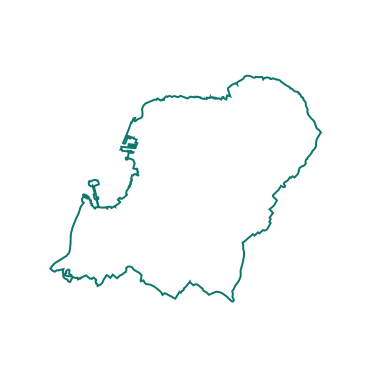 Kota Surabaya, Jawa Timur, Indonesia (Albers equal-area conic projection), rotated 302°
{"feature_id": "22746128B68603538827891", "entity_name": "Kota Surabaya", "entity_type": "district", "adm_level": 2, "iso_a3": "IDN", "parent_name": "Indonesia", "parent_adm1": "Jawa Timur", "projection": "albers", "projection_center": [112.731, -7.274], "detail": "fine", "context": "isolated", "style": "outline", "palette": "teal", "viewbox_px": 384, "rotation_deg": 302, "n_neighbors": 0, "source": "geoboundaries", "source_scale": "gbopen_adm2", "svg_char_len": 6061}
<svg xmlns="http://www.w3.org/2000/svg" viewBox="0 0 384 384"><g transform="rotate(302 192 192)"><path d="M122.5,284.8L124.7,281.7L127.4,280.6L129.2,278.7L132.6,278.8L135.0,278.4L141.2,278.8L144.7,278.3L146.8,277.7L151.2,274.8L160.0,272.1L165.5,269.9L168.6,268.0L171.4,265.2L173.7,263.9L175.9,261.7L177.3,262.5L188.6,266.0L188.1,268.1L192.7,269.3L192.6,271.1L197.3,272.4L197.6,273.7L198.8,275.0L200.8,275.5L207.4,275.1L207.7,273.4L210.9,273.0L211.4,271.4L217.2,271.8L218.4,266.9L223.7,268.7L229.9,268.5L230.6,266.2L230.7,264.4L231.5,262.7L232.1,262.4L239.9,264.3L242.7,264.2L243.4,264.5L244.3,264.2L244.8,267.6L245.2,267.9L246.4,267.8L247.6,265.5L248.4,265.2L252.5,267.0L256.5,267.3L256.5,268.4L258.6,269.0L258.7,271.3L263.4,272.2L266.0,271.7L266.5,271.2L269.2,270.5L271.5,271.3L273.2,272.7L274.4,273.2L276.7,273.3L278.0,272.1L279.9,271.5L281.0,272.2L282.5,271.9L287.8,272.7L290.6,272.4L293.1,273.0L295.6,273.1L297.1,272.6L300.5,270.6L303.1,269.8L310.9,269.7L311.9,266.8L312.2,263.8L316.2,258.8L316.9,257.5L317.7,253.7L319.0,250.0L321.1,247.2L323.1,246.5L325.8,242.6L327.1,241.8L328.5,240.4L329.1,238.0L329.9,237.4L329.9,236.5L330.2,236.1L330.7,236.1L330.9,235.4L330.6,234.3L332.1,232.3L331.9,230.3L332.8,230.0L332.6,227.5L332.1,226.9L331.8,225.4L332.5,222.1L331.9,220.6L332.6,220.1L332.4,214.6L332.7,209.5L333.2,207.4L332.9,205.7L332.0,203.9L331.8,202.1L330.9,199.9L329.9,199.6L329.5,198.7L329.4,198.0L329.9,197.5L329.2,195.3L327.0,192.9L325.2,192.7L326.6,190.8L326.4,190.0L324.4,187.2L323.6,185.1L322.5,184.9L321.7,184.0L321.1,179.6L319.7,176.9L318.4,175.9L317.4,175.4L315.4,175.5L313.8,174.9L309.7,172.5L307.7,172.5L307.1,173.2L307.4,171.3L304.0,169.0L299.2,167.5L297.9,168.2L293.4,173.8L292.5,170.6L288.7,172.0L288.4,169.3L289.0,168.9L289.2,168.1L288.5,167.5L285.9,167.8L285.8,165.3L284.5,164.0L284.1,162.9L284.6,162.7L284.4,162.0L283.3,162.0L283.2,161.3L283.8,161.1L283.5,159.8L282.9,160.0L282.4,157.6L282.8,157.1L281.2,157.3L279.9,154.7L278.7,155.1L278.0,153.0L277.2,152.8L276.2,149.4L276.7,149.0L275.8,146.4L275.5,146.5L275.1,145.9L274.5,144.0L273.7,144.1L271.9,140.0L268.9,138.6L267.5,131.4L265.4,130.1L264.7,129.1L264.0,126.2L262.1,124.7L261.5,121.9L259.6,120.8L259.6,119.6L256.0,118.5L255.6,119.4L255.3,119.4L255.1,118.6L254.1,118.1L254.3,117.6L252.9,116.8L253.1,113.2L251.3,113.0L251.3,112.4L250.3,111.2L242.5,105.7L240.0,105.1L237.1,105.3L235.1,106.2L233.7,107.5L230.6,109.5L228.3,109.8L224.5,107.1L223.3,107.0L221.8,106.2L221.8,105.6L222.5,105.0L224.6,104.5L223.5,103.4L218.9,104.1L218.7,103.6L210.3,105.4L196.9,107.6L196.8,108.2L197.7,109.7L205.6,108.2L206.1,110.0L204.4,110.3L204.6,111.2L204.9,111.6L206.1,111.2L206.4,112.0L206.1,112.1L206.4,112.1L206.6,113.1L207.2,113.7L206.4,114.1L207.0,117.3L203.8,117.8L204.5,119.6L202.4,120.1L199.1,113.0L197.8,113.5L200.8,120.3L199.2,120.8L192.9,108.1L191.8,108.9L190.1,108.9L190.7,110.1L190.0,111.0L192.2,115.8L192.7,115.8L192.5,116.2L192.8,116.5L192.4,116.8L193.0,118.2L194.1,117.8L194.5,118.3L193.7,118.6L194.0,119.1L194.9,119.0L194.1,119.5L194.7,119.4L194.2,119.7L194.7,121.3L193.7,121.1L191.8,117.4L188.2,119.0L187.0,118.9L186.4,117.9L185.8,117.8L185.1,118.1L184.6,118.8L184.7,119.4L185.9,120.1L186.4,119.9L187.1,120.7L188.1,125.1L185.9,128.2L181.0,129.6L180.9,130.0L181.9,132.6L182.5,132.8L182.4,133.6L180.7,134.6L180.4,135.8L179.6,136.0L178.8,135.6L178.0,135.9L177.9,137.5L177.4,137.5L177.2,135.1L176.6,133.6L174.7,133.2L174.4,132.3L171.1,133.2L170.9,134.4L169.6,134.9L169.2,135.0L169.1,134.4L167.3,134.7L167.0,135.6L166.1,136.0L165.6,135.4L164.4,135.6L164.3,136.3L163.2,136.3L163.1,135.6L161.1,136.2L157.9,136.0L155.8,137.0L155.3,138.3L151.3,137.2L149.0,136.0L148.6,135.5L148.9,133.9L147.3,133.4L146.5,133.8L146.3,132.4L145.4,136.4L144.4,136.4L140.7,134.7L139.4,134.4L138.7,134.9L138.8,133.7L135.7,132.3L136.4,130.8L134.7,128.4L133.2,129.0L133.2,128.1L133.7,127.6L131.6,124.9L129.7,121.0L135.2,115.3L136.6,116.2L137.7,115.2L136.8,114.0L145.0,105.7L149.1,108.9L150.2,108.1L151.7,106.0L151.2,105.2L151.3,104.3L150.5,102.8L148.5,101.1L147.6,100.8L146.8,100.0L147.1,99.6L146.5,99.1L145.9,99.1L143.4,100.8L143.3,103.4L144.1,104.4L144.6,104.4L138.9,110.7L137.8,109.8L134.6,112.9L134.7,114.8L135.0,115.0L129.5,120.6L128.2,118.7L126.6,118.6L126.5,118.1L127.4,115.8L127.6,113.8L129.0,113.6L128.9,111.8L130.8,111.2L131.4,110.6L130.8,109.9L132.2,108.4L130.8,106.4L130.9,103.5L130.8,103.1L130.0,102.6L127.6,102.4L126.9,102.9L125.5,104.5L125.6,105.8L120.3,105.5L113.8,107.2L108.4,107.7L98.6,109.5L92.0,111.6L83.2,116.7L77.9,119.2L75.0,120.0L71.5,119.5L59.2,113.5L55.9,112.7L52.0,112.5L51.4,115.0L51.6,117.8L54.0,118.8L54.5,120.0L58.4,123.8L56.8,124.1L54.2,126.3L56.2,128.2L56.9,128.3L57.5,127.3L57.9,127.2L60.2,127.8L60.9,128.7L60.5,129.7L57.5,131.2L57.6,133.7L57.1,134.5L56.1,133.8L55.8,132.6L55.0,131.8L53.5,126.8L52.6,127.2L51.5,128.6L51.3,129.7L51.6,133.0L50.8,133.8L50.8,135.8L51.4,136.4L54.3,135.9L56.8,136.2L57.4,138.9L58.7,140.2L58.6,140.9L57.6,141.6L58.9,142.3L59.0,143.0L59.4,143.1L59.5,142.6L60.4,143.0L60.5,143.6L62.0,144.2L65.2,146.4L64.4,151.4L65.0,152.1L65.1,152.8L65.6,153.0L65.6,153.3L67.3,153.9L66.8,157.0L66.3,157.0L66.1,157.6L65.3,157.5L64.5,158.1L63.8,159.8L63.5,159.7L63.4,160.8L62.3,161.7L63.7,162.5L64.0,163.0L67.3,164.1L71.0,163.5L76.2,163.7L76.5,165.1L75.9,168.3L79.9,168.6L79.1,174.1L82.6,175.0L86.1,177.0L87.8,177.3L89.1,178.3L91.7,177.4L92.5,176.5L94.8,177.2L95.9,178.7L96.4,181.3L95.2,183.7L95.5,190.4L94.8,193.2L91.8,194.7L89.8,195.2L89.3,196.0L90.2,196.3L90.3,196.9L91.3,197.7L89.8,200.2L89.7,202.3L91.3,205.5L91.8,209.9L91.1,216.8L90.4,219.5L89.1,221.5L91.5,222.3L91.9,222.8L92.7,234.4L100.6,234.3L100.5,235.8L101.1,236.0L102.2,235.7L103.4,236.5L105.0,236.8L105.8,236.2L109.0,237.1L114.9,237.7L114.5,238.1L113.6,242.6L115.5,243.8L116.4,245.4L115.6,252.4L114.9,252.9L114.4,254.0L114.5,257.9L113.8,260.8L119.7,264.9L121.0,266.7L121.8,268.9L122.1,272.2L121.8,276.3L120.3,284.1L121.1,284.9L122.5,284.8ZM133.0,106.9L133.3,105.6L133.1,103.0L132.5,101.4L132.0,101.1L130.4,102.2L131.4,103.3L131.5,106.6L132.1,107.0L133.0,106.9Z" fill="none" stroke="#0f766e" stroke-width="2"/></g></svg>